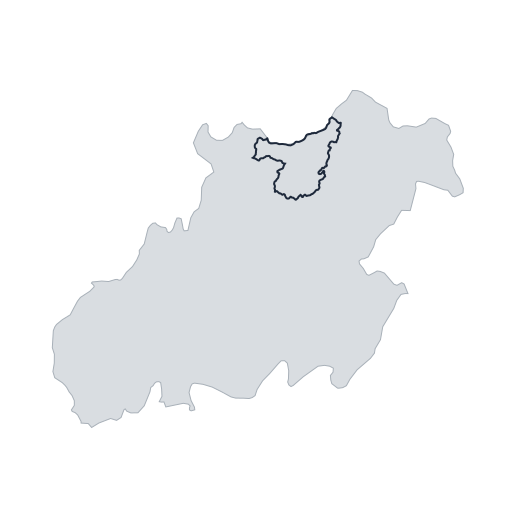 Zajecarski on a map of Republic of Serbia (Albers equal-area conic projection), rotated 265°
{"feature_id": "SRB-844", "entity_name": "Zajecarski", "entity_type": "District", "adm_level": 1, "iso_a3": "SRB", "parent_name": "Republic of Serbia", "parent_adm1": "", "projection": "albers", "projection_center": [22.117, 43.747], "detail": "fine", "context": "in_parent", "style": "outline", "palette": "slate", "viewbox_px": 512, "rotation_deg": 265, "n_neighbors": 0, "source": "natural_earth", "source_scale": "10m", "svg_char_len": 9189}
<svg xmlns="http://www.w3.org/2000/svg" viewBox="0 0 512 512"><g transform="rotate(265 256 256)"><path d="M287.4,190.4L299.8,194.4L305.4,198.2L308.4,203.1L316.3,206.3L329.2,207.9L338.2,212.9L343.3,221.3L351.6,219.3L363.0,206.8L374.2,203.5L385.3,209.4L391.4,214.3L392.4,218.1L389.9,219.7L383.7,219.0L378.6,221.4L374.7,226.8L374.1,232.7L376.9,238.8L380.9,243.1L386.0,245.4L388.7,248.6L389.1,252.7L390.4,253.8L387.6,255.7L384.4,258.6L382.7,263.5L382.3,271.3L372.4,277.6L368.6,278.7L367.0,282.8L364.4,294.4L364.7,303.0L366.1,307.5L366.7,311.1L370.0,315.5L372.9,322.3L374.9,331.2L379.3,338.1L390.5,344.9L396.0,348.8L400.1,354.5L403.3,359.7L412.5,366.5L411.9,371.5L409.9,376.3L407.8,378.6L403.3,384.9L398.9,388.4L391.6,399.4L379.9,400.1L377.1,401.0L372.7,404.0L370.6,409.4L372.7,413.8L372.5,418.3L370.4,426.9L373.3,436.1L377.4,440.3L378.1,442.8L377.4,447.1L371.3,455.9L369.4,459.2L363.2,460.8L361.1,460.0L357.9,457.0L354.9,456.1L347.5,459.7L340.0,461.8L334.0,460.2L328.2,459.9L324.1,461.4L321.1,462.0L315.1,465.7L305.4,468.4L301.0,467.8L299.3,464.2L297.6,459.1L298.5,456.8L304.8,452.8L305.6,449.0L314.5,430.5L316.3,424.5L316.3,422.5L314.0,421.2L309.2,421.2L287.8,413.6L288.8,405.0L282.6,400.3L275.8,396.0L274.7,391.4L267.3,382.0L261.9,376.7L254.9,374.0L248.9,370.1L245.3,367.7L243.8,363.3L243.8,360.7L242.0,358.2L239.1,358.4L234.2,361.8L228.0,364.7L226.9,366.8L229.0,372.0L230.5,375.3L229.8,378.4L227.8,382.4L215.9,390.9L214.5,393.9L216.7,398.8L215.2,401.1L205.3,404.1L205.6,401.4L205.1,397.1L199.6,392.4L191.8,388.7L174.5,376.1L167.8,374.3L161.8,372.7L153.3,366.6L148.9,365.5L144.1,361.1L133.8,346.8L125.0,338.8L118.9,334.7L117.3,330.9L117.1,327.0L117.3,325.7L122.2,320.4L125.8,319.7L130.5,319.7L133.5,322.6L137.5,323.3L139.8,319.8L141.1,314.7L140.8,308.2L131.7,292.7L123.8,281.8L122.9,279.5L124.7,277.5L127.7,276.6L130.7,277.6L138.8,278.6L146.5,277.9L149.2,275.4L149.4,271.9L146.6,268.6L137.9,259.6L131.1,251.7L123.0,245.5L117.0,242.9L115.3,239.9L114.6,236.7L115.5,230.8L116.2,223.4L117.8,218.8L123.6,210.1L129.2,201.0L132.8,192.0L134.7,183.7L134.2,181.3L131.5,179.4L125.8,177.4L117.7,178.7L110.8,181.5L108.1,181.6L107.4,177.9L108.5,176.3L110.7,176.5L112.4,177.3L114.3,175.7L115.6,170.7L113.5,153.0L118.6,151.6L118.7,149.1L119.3,146.9L124.4,150.1L131.8,150.4L138.2,150.0L139.3,148.3L139.3,145.8L138.0,143.8L135.8,142.2L134.2,139.7L129.9,138.5L116.5,131.6L110.1,124.7L110.6,117.6L112.7,113.7L115.1,112.4L114.4,111.1L106.9,107.5L104.4,102.8L106.8,97.0L103.3,84.9L99.5,77.3L103.7,74.3L104.4,69.8L104.8,67.2L106.5,67.3L113.2,64.5L115.7,62.2L117.2,59.3L118.8,58.7L123.0,62.0L127.7,62.4L133.0,60.6L136.9,58.0L141.7,55.9L143.9,54.4L146.7,52.0L152.3,44.9L158.6,43.6L166.8,45.7L175.7,46.6L182.4,45.1L199.3,47.6L202.9,49.4L205.2,51.3L209.5,57.6L213.6,65.8L219.5,69.6L226.5,74.2L230.1,77.5L235.3,87.3L239.4,92.1L240.8,91.9L242.3,90.7L243.3,89.7L244.4,90.6L244.4,93.6L244.5,100.1L243.4,107.0L244.8,113.6L244.8,115.6L243.8,117.5L243.9,119.1L245.3,120.9L251.0,125.4L256.3,132.1L262.5,136.9L268.2,140.0L271.8,140.2L277.7,145.7L289.4,149.7L293.2,151.1L295.7,153.4L297.6,156.0L297.7,158.7L295.9,160.0L293.3,163.7L292.2,168.3L290.3,169.4L288.4,169.5L287.0,170.8L287.3,172.8L288.9,174.6L291.3,176.3L296.0,178.1L300.7,180.6L300.6,182.6L299.6,184.7L293.7,185.4L289.3,185.8L287.3,186.6L287.4,190.4Z" fill="#d9dde1" stroke="#a8b0b8" stroke-width="1"/><path d="M372.1,277.6L369.7,278.0L367.9,278.8L367.0,280.2L366.8,281.6L366.8,284.7L366.6,286.4L366.4,286.8L365.7,288.3L365.4,288.8L365.3,292.0L364.6,295.4L363.6,297.8L363.2,300.2L364.2,303.1L366.2,305.5L366.3,306.3L366.0,308.1L366.0,309.0L366.4,310.4L366.9,311.8L367.5,313.2L368.2,314.3L369.2,315.2L371.5,316.4L372.3,317.2L372.8,318.6L372.9,321.1L373.6,322.6L373.3,323.1L373.2,323.4L373.3,323.8L373.5,324.2L373.6,324.5L373.6,325.0L373.3,325.8L373.2,326.4L373.3,326.9L374.3,328.9L375.7,334.0L376.5,336.0L377.6,337.0L380.2,338.2L380.7,338.8L381.8,340.3L382.6,340.8L383.4,341.0L385.1,340.9L385.8,341.1L386.4,341.8L387.3,343.6L387.5,343.8L386.9,344.5L385.9,345.7L385.2,346.7L384.6,347.4L384.3,347.7L383.3,348.1L383.0,348.3L381.4,349.9L381.3,350.1L381.2,350.3L381.2,350.7L381.4,351.4L381.4,351.6L381.4,351.8L381.3,352.0L381.0,352.0L380.8,352.0L379.4,351.7L378.3,351.6L377.0,350.9L376.7,350.7L376.3,350.0L375.5,349.3L374.7,348.0L374.5,347.7L374.3,347.6L374.1,347.6L373.8,347.7L373.7,347.8L373.4,348.8L373.1,349.3L372.9,349.5L372.7,349.7L372.1,349.8L371.3,349.8L371.1,349.8L370.8,350.0L368.4,348.2L368.1,348.1L367.2,348.1L366.8,348.1L366.0,347.7L365.3,347.5L365.0,347.3L364.1,346.6L362.3,345.9L362.3,345.7L362.6,344.9L362.6,344.6L362.5,344.0L362.6,343.5L363.2,342.7L363.4,341.8L363.5,341.4L363.4,341.1L363.2,340.5L362.9,340.0L362.5,339.5L362.3,339.4L361.2,338.9L360.3,338.2L359.7,337.8L359.5,337.7L359.2,337.7L359.0,337.8L358.8,337.9L358.4,338.4L358.1,339.0L357.6,339.7L357.5,339.9L357.1,339.9L356.9,339.8L356.1,339.0L355.9,338.8L355.3,338.6L354.9,338.6L354.9,338.1L354.8,337.9L354.6,337.6L354.0,337.3L353.2,337.0L352.5,336.7L352.1,336.6L351.7,336.7L350.6,337.3L349.7,337.5L349.0,337.5L347.9,337.3L347.0,336.9L346.3,336.5L345.6,335.8L345.3,335.6L345.0,335.4L344.1,335.1L343.4,334.6L342.9,334.4L341.6,334.1L341.2,334.2L340.4,334.5L340.0,334.5L339.7,334.3L339.3,334.0L339.2,333.8L339.1,333.4L339.3,333.0L339.2,332.8L337.9,331.5L337.7,331.2L337.8,331.0L338.0,330.5L338.0,330.0L338.0,329.7L337.8,329.5L337.0,328.9L336.3,328.4L335.9,328.1L335.5,327.6L335.4,327.3L335.4,327.2L335.5,327.1L334.3,325.8L334.0,325.6L333.7,325.5L332.8,325.6L332.5,325.7L332.4,325.8L332.0,326.7L332.0,326.9L332.1,327.4L332.2,327.9L332.3,328.2L332.4,328.3L333.2,329.1L333.8,329.8L334.2,330.1L334.9,330.4L335.0,330.7L335.0,330.8L334.9,331.0L334.6,331.2L334.4,331.3L333.9,331.4L333.3,331.3L332.7,330.9L332.3,330.9L332.0,331.0L330.9,331.6L329.2,331.8L328.5,330.6L327.2,329.6L326.9,329.3L326.6,328.6L326.5,327.9L326.0,326.6L325.7,326.1L325.6,325.9L325.4,325.7L325.0,325.5L324.5,325.4L324.1,325.4L323.2,325.7L322.8,325.7L322.2,325.4L321.7,325.0L321.4,324.9L319.9,325.0L319.0,325.2L318.5,325.1L318.2,325.0L317.6,324.5L316.9,324.0L316.7,323.7L316.5,323.4L316.6,322.4L316.5,322.2L316.4,321.8L316.0,321.2L315.6,320.9L315.3,320.6L314.6,320.0L314.4,319.8L313.8,318.9L313.1,318.0L312.9,317.7L312.8,316.8L312.6,316.4L312.5,316.2L312.0,315.7L311.9,315.4L311.8,314.9L311.7,313.2L311.6,312.6L311.4,311.7L311.5,311.4L312.4,310.7L312.6,310.5L312.8,310.2L312.8,309.9L312.6,309.6L311.8,308.5L311.6,308.3L310.9,308.0L310.8,307.9L310.7,307.6L310.8,307.1L311.0,306.9L311.4,306.6L312.1,306.5L312.3,306.4L313.0,305.7L312.2,304.6L311.5,303.7L311.2,303.4L310.0,302.7L308.6,300.6L308.7,300.4L308.9,300.0L309.8,299.3L310.9,298.0L311.0,297.7L311.0,297.1L311.1,296.9L311.3,296.6L311.9,296.0L312.0,295.8L312.0,295.7L311.9,295.4L311.5,295.0L310.7,294.2L310.5,293.8L310.4,293.2L310.4,292.6L310.5,292.4L310.7,291.8L310.9,291.5L311.3,291.2L313.0,290.4L313.6,290.2L314.4,290.1L314.7,289.9L315.1,289.4L315.2,289.2L315.2,288.8L315.1,288.7L314.8,288.1L314.7,287.8L314.7,287.6L314.8,287.4L315.7,286.5L316.1,286.0L316.3,285.5L316.3,285.0L316.4,284.7L317.1,284.1L317.4,283.7L318.5,282.8L318.7,282.6L318.8,282.4L318.8,281.9L318.7,281.5L318.3,280.9L318.3,280.6L318.4,280.4L318.5,280.4L319.9,280.7L320.3,280.7L320.5,280.7L321.4,280.3L321.9,280.3L322.2,280.4L323.0,280.8L323.5,280.9L323.8,280.9L324.5,280.9L325.5,280.5L326.1,280.3L326.3,280.3L328.0,280.8L328.3,281.0L328.8,281.6L329.0,282.0L329.2,282.5L329.4,282.7L330.1,282.9L330.4,283.2L330.8,283.6L331.5,284.5L332.6,285.2L334.1,285.5L334.4,285.6L335.0,286.0L335.9,286.4L336.1,286.4L336.3,286.3L336.5,286.2L336.9,285.6L337.3,284.8L337.5,284.7L338.0,284.6L338.6,284.7L338.8,284.8L338.9,285.0L339.2,285.8L339.8,286.8L339.9,287.0L340.0,287.2L340.0,287.9L340.4,288.6L340.5,289.0L340.6,289.7L340.8,290.1L341.2,290.5L341.6,290.7L344.1,291.8L344.7,292.3L345.5,292.9L345.7,292.0L346.3,290.6L346.5,290.4L347.3,290.2L348.2,289.7L348.4,289.7L348.6,289.3L348.9,288.5L349.1,288.0L349.1,287.7L349.1,287.1L349.0,286.2L349.0,285.8L349.5,284.5L350.2,283.6L350.5,283.2L350.6,282.9L350.8,282.2L351.1,281.7L351.8,280.8L352.2,280.3L352.5,279.2L352.7,278.9L353.0,278.8L353.8,278.6L354.1,278.4L354.4,278.1L354.5,277.8L354.6,277.4L354.5,276.6L354.5,276.3L354.6,275.5L354.6,275.0L354.6,274.8L354.4,274.6L353.9,274.0L353.8,273.9L353.7,273.7L353.5,272.8L353.4,272.6L352.9,272.0L352.8,271.9L352.8,271.5L352.8,270.8L352.9,269.8L352.8,269.2L352.7,268.9L352.6,268.7L352.3,268.4L351.5,268.0L351.2,267.7L350.9,267.4L350.9,267.1L350.9,266.9L351.0,266.7L351.6,265.7L352.4,264.9L352.7,264.3L353.2,263.7L353.4,263.2L353.5,262.7L353.7,262.1L354.1,261.4L354.5,262.1L354.9,262.6L355.7,263.2L356.8,264.3L357.4,264.7L358.3,264.7L359.2,265.0L360.6,265.1L361.7,265.5L362.2,265.5L362.7,265.5L362.8,265.3L363.5,264.7L364.1,264.4L364.6,264.3L365.2,264.3L366.3,264.4L366.9,264.6L368.0,265.4L368.2,265.8L368.6,266.5L369.0,266.9L369.5,267.1L370.3,267.3L371.1,267.6L372.0,267.7L372.3,267.8L372.5,268.0L372.7,268.3L373.0,269.1L373.4,269.8L373.5,270.0L373.4,270.4L373.3,270.7L373.1,271.0L372.5,271.7L372.1,272.4L371.8,272.6L371.3,272.9L370.9,273.1L370.8,273.3L370.8,273.6L370.9,274.2L371.1,274.9L371.1,275.1L371.1,275.9L371.1,276.1L371.7,276.6L371.9,276.7L372.0,277.1L372.2,277.5L372.1,277.6Z" fill="none" stroke="#1e293b" stroke-width="2"/></g></svg>